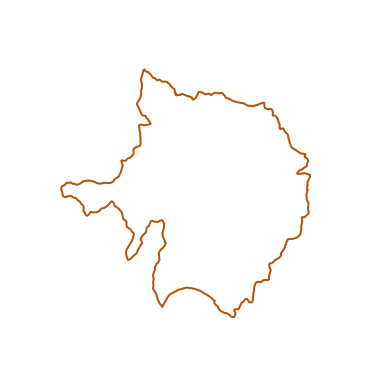 the district of Solok Selatan, Sumatera Barat, Indonesia, rotated 245°
{"feature_id": "22746128B25846553351835", "entity_name": "Solok Selatan", "entity_type": "district", "adm_level": 2, "iso_a3": "IDN", "parent_name": "Indonesia", "parent_adm1": "Sumatera Barat", "projection": "albers", "projection_center": [101.284, -1.364], "detail": "fine", "context": "isolated", "style": "outline", "palette": "amber", "viewbox_px": 384, "rotation_deg": 245, "n_neighbors": 0, "source": "geoboundaries", "source_scale": "gbopen_adm2", "svg_char_len": 6029}
<svg xmlns="http://www.w3.org/2000/svg" viewBox="0 0 384 384"><g transform="rotate(245 192 192)"><path d="M157.3,105.5L157.6,109.1L159.0,112.0L159.4,114.8L160.0,116.1L162.6,118.9L163.7,120.7L165.5,122.6L166.5,124.7L167.2,125.3L168.0,125.5L170.5,125.4L171.5,125.9L173.3,128.6L174.3,131.2L174.5,132.4L175.3,133.4L179.0,136.1L179.5,138.5L182.8,142.3L182.9,143.4L182.4,144.1L181.4,144.8L179.2,148.5L179.6,151.0L179.4,152.2L179.0,153.0L177.3,153.4L177.0,153.2L175.0,153.4L170.5,150.8L169.5,149.6L168.2,148.8L167.2,147.7L165.9,147.5L164.8,146.8L159.8,146.8L157.9,146.2L157.0,146.8L155.0,144.8L153.6,141.8L152.9,139.2L150.9,136.2L150.4,135.8L149.5,135.7L146.9,134.9L146.1,134.3L144.3,134.0L142.3,131.1L142.0,129.7L140.1,127.7L139.9,126.7L137.6,125.7L136.6,125.0L135.4,123.4L132.6,121.3L129.5,120.6L126.0,118.3L124.7,118.0L122.1,116.7L121.1,115.8L114.5,116.5L109.3,115.5L105.9,115.6L104.1,115.7L100.7,116.6L107.4,126.2L108.1,127.4L108.7,129.6L108.7,132.3L109.1,138.3L107.7,146.6L104.7,151.3L103.1,153.4L98.7,157.9L96.7,159.0L92.4,162.2L87.7,164.9L85.0,165.8L83.5,166.5L82.4,165.5L80.9,165.4L77.7,166.6L77.1,167.2L76.7,167.0L75.1,166.9L72.6,167.5L71.8,167.9L69.0,170.1L66.8,172.8L65.7,173.3L64.8,174.1L62.4,174.9L61.9,175.5L60.9,177.5L62.4,179.0L63.7,180.2L66.6,180.1L67.5,180.6L67.7,181.1L67.5,181.9L66.3,183.4L66.2,184.4L67.1,186.0L68.4,187.4L70.7,190.4L70.8,191.8L72.3,195.0L72.3,196.0L71.9,196.6L70.9,197.0L68.1,197.2L66.8,199.0L66.8,199.7L67.3,200.5L68.8,201.7L70.9,202.8L72.2,203.9L74.5,204.8L75.0,205.6L80.0,208.5L82.6,211.3L82.9,212.8L82.7,214.0L81.2,216.2L81.5,218.2L82.0,219.0L81.9,219.7L80.1,223.5L80.4,224.9L83.0,226.1L83.6,226.8L84.9,227.6L87.9,230.3L88.6,230.5L90.3,230.4L92.7,230.9L93.8,231.6L94.4,232.3L93.9,233.9L93.9,234.7L94.5,237.0L95.1,238.2L95.4,242.7L96.3,245.1L96.6,245.7L97.3,246.2L98.3,246.4L98.9,246.9L99.8,248.2L100.1,249.2L101.0,250.3L101.3,251.3L102.5,252.7L103.1,253.4L104.0,253.6L104.5,254.0L104.7,255.1L105.2,255.6L106.8,256.3L107.2,257.5L108.5,258.3L108.6,258.8L108.2,260.7L107.0,263.3L106.5,266.0L106.4,267.9L106.7,269.3L106.9,270.3L107.5,271.6L108.2,272.4L111.3,274.8L112.4,275.5L114.2,276.1L117.2,278.4L119.6,279.8L122.1,280.8L122.5,281.1L122.6,281.6L121.7,282.9L121.6,283.5L123.1,288.0L124.2,289.2L127.7,290.1L133.2,293.0L136.5,292.7L141.6,294.8L145.2,297.8L146.2,297.4L149.8,299.8L151.9,300.7L154.2,303.2L155.7,305.3L157.5,306.2L158.0,306.0L158.7,304.8L159.6,304.3L161.8,301.4L162.2,299.0L163.9,295.3L164.6,295.3L165.3,296.2L166.0,298.2L166.1,300.0L165.9,301.2L166.6,303.4L166.6,304.7L166.8,306.2L167.5,307.3L169.6,308.7L170.7,310.1L171.7,310.5L172.8,310.6L173.9,310.5L176.1,308.9L177.1,309.5L177.3,310.1L178.2,310.6L178.5,310.6L180.8,307.2L181.9,306.2L187.2,303.1L188.0,302.4L190.0,301.4L191.3,301.1L195.5,301.4L197.6,302.0L198.9,302.0L203.7,303.1L205.4,302.4L208.2,301.6L210.6,301.7L211.2,301.3L211.5,300.7L211.6,298.8L212.5,298.3L213.1,298.5L213.5,299.0L213.8,298.9L216.2,300.0L218.4,299.9L221.5,300.6L223.8,300.4L225.7,299.7L226.5,299.0L226.8,298.0L227.4,297.6L230.5,299.2L232.8,299.3L234.3,298.3L234.8,295.6L237.4,293.5L238.5,293.7L240.6,294.4L243.1,295.6L242.5,295.1L243.2,292.8L243.2,289.1L243.9,284.3L244.3,282.9L246.9,279.0L251.2,275.6L251.9,274.2L255.0,270.1L258.3,266.7L259.9,265.7L261.8,264.2L262.2,263.3L263.0,262.7L264.1,262.4L265.9,262.3L266.3,262.2L266.7,261.7L268.2,261.5L269.0,261.1L269.5,260.6L269.7,258.9L272.1,254.5L272.3,253.2L271.8,251.1L272.2,249.9L273.0,249.8L273.8,249.0L274.7,245.8L275.8,244.6L277.3,243.9L279.7,241.0L279.7,240.0L279.5,239.5L277.9,238.4L277.3,237.5L277.1,236.7L276.1,235.7L275.3,233.5L275.2,232.0L276.0,231.6L277.6,231.7L278.0,231.6L279.6,230.1L280.8,228.3L282.2,227.3L285.1,224.5L285.2,223.3L284.8,222.7L284.8,222.1L285.4,221.5L285.8,220.6L286.1,218.7L286.7,218.3L287.4,218.4L287.6,218.9L288.2,219.1L288.6,219.0L289.1,218.5L289.4,218.4L290.8,219.2L292.9,219.5L293.6,219.2L294.0,218.7L296.8,217.7L297.3,217.2L298.8,217.4L300.3,216.5L302.1,216.1L303.6,214.2L303.8,213.1L304.1,212.8L304.6,211.8L305.1,211.2L306.7,210.6L307.5,209.9L307.8,208.0L308.6,207.4L309.1,207.0L311.3,206.4L312.0,204.9L312.4,204.7L315.7,204.3L317.2,203.5L318.9,203.2L321.0,201.0L323.1,200.7L323.1,200.0L322.5,199.1L319.1,196.4L316.2,193.7L314.4,192.9L311.2,192.3L307.1,190.3L305.5,188.8L301.9,187.1L299.9,185.6L298.2,183.5L295.8,179.9L295.1,179.3L294.1,179.2L290.2,179.4L283.0,179.2L282.4,179.6L280.7,181.9L278.4,182.0L277.5,182.5L276.3,182.9L274.5,182.9L272.7,183.3L271.5,183.4L271.1,183.0L271.2,182.6L272.3,178.2L272.9,176.4L274.3,174.9L274.8,173.6L274.9,172.7L274.6,172.1L273.8,171.7L271.5,171.2L270.6,170.6L267.6,170.1L266.4,169.7L265.2,168.9L262.8,168.3L260.8,167.1L257.9,166.1L256.0,164.9L255.9,164.5L256.3,160.1L255.7,157.5L255.2,156.9L251.8,155.5L250.9,154.6L249.4,151.3L249.4,147.8L248.5,145.0L248.5,144.3L250.3,142.1L250.3,141.5L250.1,141.1L245.2,140.4L240.1,135.8L237.2,132.4L236.7,131.3L236.4,128.5L235.6,126.3L234.9,125.2L234.7,124.2L234.7,122.2L235.0,120.8L237.5,116.3L237.8,114.0L238.5,112.0L239.3,110.7L240.7,109.2L242.5,107.9L245.5,104.2L247.1,100.5L247.6,98.0L246.8,93.2L247.1,90.8L249.4,88.5L249.9,87.3L251.9,86.2L252.4,83.8L253.3,82.4L253.3,81.8L252.0,79.3L252.2,77.9L252.2,76.7L251.5,75.8L250.0,74.8L245.7,74.1L244.2,73.5L243.5,73.4L242.0,73.8L241.2,74.5L240.6,75.9L240.8,77.0L240.5,78.2L239.6,80.4L239.2,80.9L236.8,82.3L236.3,83.5L235.4,84.2L232.5,85.2L230.4,86.3L229.1,86.3L227.7,86.7L226.2,87.5L225.5,87.6L224.1,87.5L220.6,85.5L218.5,86.1L216.5,86.0L215.1,86.5L214.8,87.1L214.8,87.9L216.1,90.9L216.6,91.6L216.6,92.1L216.4,92.6L215.2,93.7L215.0,94.1L214.6,95.7L213.9,96.8L213.8,97.9L214.1,100.1L215.3,102.9L215.2,103.7L214.6,105.5L215.3,110.0L216.6,112.6L217.5,115.1L216.8,115.9L215.4,116.4L214.0,116.4L212.2,116.0L211.3,116.4L208.6,118.2L203.4,119.8L196.6,118.4L195.4,118.8L194.2,119.8L193.1,120.0L192.0,119.8L189.8,118.7L188.0,118.2L184.2,120.4L182.8,120.7L181.4,120.7L179.9,121.7L178.4,121.6L175.1,118.9L172.6,116.3L169.8,111.8L167.3,108.3L166.3,107.4L164.1,106.2L161.9,105.7L158.6,105.2L157.3,105.5Z" fill="none" stroke="#b45309" stroke-width="2"/></g></svg>